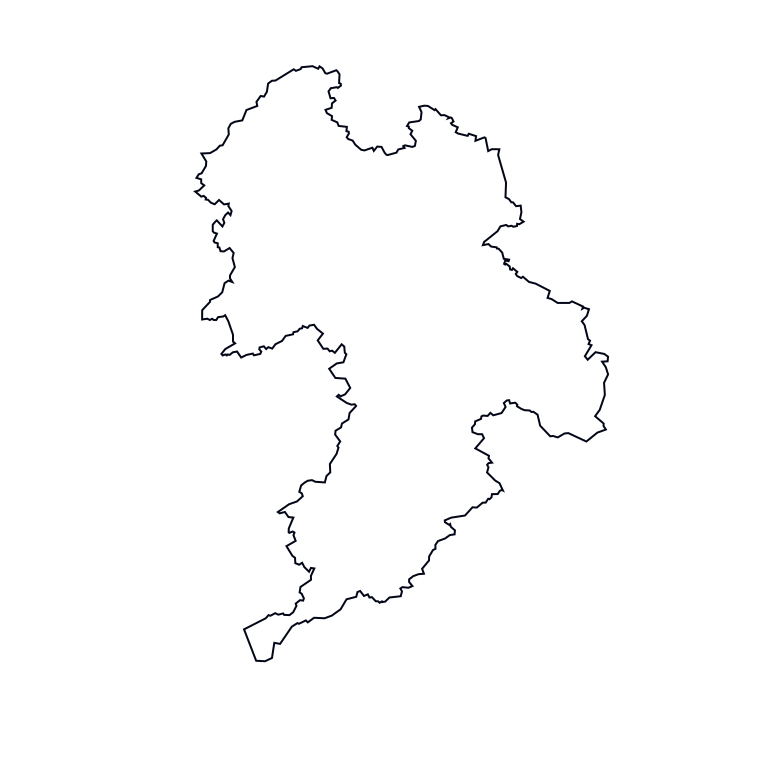 the district of Kells Lea-7, Meath, Ireland, rotated 282°
{"feature_id": "5873133B57214711560854", "entity_name": "Kells Lea-7", "entity_type": "district", "adm_level": 2, "iso_a3": "IRL", "parent_name": "Ireland", "parent_adm1": "Meath", "projection": "mercator", "projection_center": [-6.928, 53.748], "detail": "fine", "context": "isolated", "style": "outline", "palette": "ink", "viewbox_px": 768, "rotation_deg": 282, "n_neighbors": 0, "source": "geoboundaries", "source_scale": "gbopen_adm2", "svg_char_len": 6163}
<svg xmlns="http://www.w3.org/2000/svg" viewBox="0 0 768 768"><g transform="rotate(282 384 384)"><path d="M369.8,593.9L380.8,602.8L385.6,610.5L388.5,607.5L391.0,607.1L396.4,597.2L403.6,600.4L419.2,602.3L430.9,599.0L440.0,601.2L446.5,597.5L451.2,592.7L452.7,598.0L457.3,597.5L459.2,593.2L459.1,584.3L450.1,578.2L452.9,574.7L465.1,578.9L465.6,575.8L469.2,576.5L470.3,574.2L483.4,567.9L486.5,564.4L492.9,568.3L500.7,569.0L499.7,568.6L500.3,563.9L498.9,562.4L501.1,562.6L503.9,550.7L501.9,548.6L499.4,537.0L501.9,530.3L502.2,526.1L509.5,526.8L513.7,511.4L514.0,504.6L517.8,497.6L516.2,496.2L517.2,491.9L519.0,490.0L521.4,491.1L524.0,486.1L522.2,485.4L522.3,483.5L525.1,482.5L527.0,478.5L526.0,477.7L526.5,476.5L530.1,476.9L530.0,480.3L531.6,480.5L531.4,475.1L537.1,472.3L540.1,468.1L540.0,466.3L541.1,465.8L540.7,460.2L542.6,457.1L540.4,451.9L543.8,452.4L557.1,463.3L562.4,465.1L565.0,470.5L564.0,472.7L565.3,475.9L564.7,477.9L566.2,481.2L568.4,480.9L568.4,483.1L571.8,486.8L573.6,482.7L580.6,482.7L586.9,480.6L585.4,476.2L588.5,472.5L588.2,470.7L590.8,467.9L591.9,464.0L606.4,461.5L631.7,448.0L637.6,448.0L636.1,440.6L633.5,437.5L645.7,432.2L646.1,430.9L640.9,422.9L645.6,422.5L646.4,414.9L644.1,414.2L644.4,404.3L645.2,401.8L650.4,402.8L651.7,396.8L653.0,395.3L655.2,397.4L658.2,395.1L658.6,393.8L657.3,391.7L658.4,392.2L659.6,387.3L658.7,383.8L663.6,377.2L662.4,376.5L665.1,369.2L664.6,365.5L662.4,360.7L657.7,364.2L650.4,364.9L648.5,363.5L645.1,354.3L641.1,352.9L640.9,354.8L639.4,355.1L637.6,359.0L633.8,358.0L628.5,364.6L623.3,364.7L621.8,362.5L621.8,354.8L620.7,353.4L619.2,355.0L616.4,349.2L612.9,348.1L608.8,340.2L608.7,338.7L610.4,336.5L615.4,332.3L614.8,328.0L609.9,325.6L612.7,323.5L608.4,316.3L608.4,312.9L612.1,306.2L615.6,302.7L616.2,298.0L617.6,296.2L621.7,297.6L623.4,297.0L623.5,294.7L627.8,294.2L627.0,286.0L630.2,283.9L631.5,277.9L635.2,277.5L637.1,271.8L640.0,269.8L643.3,275.4L647.7,274.8L651.2,277.7L653.4,275.6L652.4,272.3L658.7,268.9L662.3,270.5L664.5,276.1L664.0,277.3L666.9,279.8L668.7,279.3L669.0,277.5L677.7,276.1L680.1,273.6L681.0,272.1L675.7,263.8L675.8,262.0L679.9,258.3L681.3,254.9L678.7,254.1L680.0,248.0L676.7,237.5L674.7,237.0L672.0,232.7L673.1,230.3L658.3,214.8L657.3,211.3L653.8,208.2L645.5,208.7L640.2,206.9L640.1,203.5L633.5,200.6L629.6,202.2L623.4,192.5L612.4,190.6L609.4,183.4L606.6,180.0L601.7,178.6L595.8,180.3L584.0,176.5L582.9,173.8L578.7,171.4L573.7,165.9L571.5,157.5L564.7,163.9L560.3,164.5L552.2,161.8L550.6,159.2L546.6,157.7L546.2,162.6L542.4,163.5L540.9,166.9L534.8,162.7L533.0,159.3L529.3,166.3L530.5,168.5L529.1,171.2L527.4,171.2L527.6,173.5L525.3,177.1L524.6,181.0L529.7,184.4L526.4,190.2L528.2,194.7L525.8,194.7L521.5,199.0L517.2,198.7L519.3,195.8L516.1,193.6L511.7,192.3L508.5,194.3L504.5,193.2L509.3,186.4L507.8,185.3L504.2,183.4L497.9,184.7L496.7,186.2L496.4,189.3L488.5,187.6L487.2,188.9L487.1,192.1L483.3,192.9L483.3,194.6L479.9,196.5L480.4,199.9L484.9,204.7L480.9,209.7L475.6,209.6L467.4,213.8L458.2,210.8L455.3,211.4L452.2,214.4L452.8,210.4L449.5,207.1L440.1,206.7L435.1,203.4L430.0,196.4L428.1,196.7L418.4,190.8L409.3,192.7L411.1,197.5L410.4,200.4L412.1,202.4L411.2,204.1L411.7,206.6L414.9,207.8L416.7,212.9L418.3,214.3L413.0,218.7L400.9,226.0L394.1,227.5L392.8,229.9L385.2,221.5L379.6,218.7L378.4,220.3L379.9,222.7L379.3,224.3L380.3,224.6L380.4,227.0L383.6,229.6L385.2,233.5L380.2,238.8L383.9,243.5L386.5,249.4L385.0,250.8L387.7,256.7L390.2,257.2L392.0,254.8L393.9,254.7L395.9,258.6L393.7,261.5L396.0,263.2L395.4,267.3L400.4,269.6L404.9,275.3L410.6,277.8L413.7,284.7L415.9,284.7L417.6,288.6L420.5,290.0L421.5,292.3L423.8,292.5L423.0,297.6L425.7,299.0L427.4,303.3L424.0,307.0L420.6,313.8L412.9,310.1L405.8,317.3L406.9,321.4L404.7,324.1L405.8,326.3L404.3,329.5L414.0,334.3L412.4,337.3L406.4,339.2L405.3,341.0L396.8,339.8L394.3,333.5L387.5,327.2L379.8,335.2L381.2,345.1L373.1,351.8L365.8,348.1L362.9,344.1L364.0,341.9L362.0,340.5L357.7,351.5L357.0,356.4L358.1,359.6L356.7,361.3L348.5,356.4L341.9,356.6L336.6,351.1L332.6,351.0L328.2,346.3L324.4,346.7L318.7,353.1L313.7,351.2L312.3,352.7L305.7,352.1L294.5,347.7L286.4,349.8L282.1,346.9L275.4,346.6L274.1,337.2L275.0,333.6L273.5,329.5L270.9,326.7L267.4,324.0L260.9,323.6L260.0,326.2L257.4,327.9L251.0,323.3L246.7,316.2L236.7,306.8L235.8,308.8L238.2,313.7L234.0,318.2L234.5,323.1L222.9,320.9L219.1,321.6L218.7,322.4L220.7,325.3L220.1,327.3L217.3,326.9L212.2,330.2L205.1,322.3L196.9,330.1L195.5,333.1L190.3,334.5L189.6,338.6L192.1,341.1L188.4,344.1L184.8,349.7L188.9,350.8L189.1,354.2L181.1,352.4L177.3,353.3L168.1,344.5L162.6,344.8L161.8,347.0L157.7,350.2L155.3,349.9L155.1,346.8L150.8,343.3L148.8,344.5L141.8,342.6L138.3,339.6L137.4,334.3L138.6,333.1L136.4,328.5L137.2,325.2L133.7,321.1L133.9,319.1L130.3,317.1L114.9,298.1L86.7,316.5L88.1,325.3L92.7,331.4L108.0,330.5L108.2,336.4L127.5,344.3L132.1,349.0L131.8,350.7L136.5,356.7L135.0,359.0L140.8,364.2L142.5,374.6L146.6,381.1L154.6,388.4L165.6,392.1L170.1,401.1L175.0,401.3L176.6,403.7L172.5,408.5L174.9,411.9L172.1,414.2L173.0,416.5L169.8,421.1L170.2,423.5L169.1,425.2L170.9,427.1L170.3,427.6L171.4,430.4L176.3,433.7L179.9,444.5L184.9,444.7L187.4,442.5L189.1,444.2L189.8,450.3L192.2,453.8L195.6,449.7L198.2,449.2L202.1,452.5L205.2,457.4L206.7,462.5L211.2,459.7L220.7,464.7L224.7,464.0L231.7,466.4L233.5,468.6L237.3,467.7L241.6,469.5L245.6,475.9L249.9,479.8L251.6,484.3L255.6,483.8L258.2,479.1L260.7,477.8L259.7,477.2L261.5,472.4L263.2,471.8L267.2,477.4L272.2,490.6L281.8,496.2L282.4,500.5L288.4,505.1L289.1,508.1L293.4,509.8L293.3,511.2L295.5,512.7L298.7,512.5L300.0,518.1L303.5,519.5L304.9,521.2L304.6,522.4L311.0,517.6L312.7,512.8L318.9,503.2L324.2,503.5L326.4,501.7L328.3,502.7L329.5,506.0L333.0,501.7L335.6,501.6L340.0,486.7L351.8,493.1L355.3,490.4L354.4,486.3L355.3,480.6L359.6,479.1L363.5,481.3L366.4,481.0L370.1,486.2L372.5,486.0L373.7,487.4L374.3,492.0L377.9,494.1L376.1,497.4L380.0,505.0L386.8,507.7L390.3,505.2L393.4,507.5L394.2,509.7L391.2,511.4L393.0,516.3L391.5,518.7L389.9,518.7L388.2,523.6L387.6,526.9L388.4,532.0L387.3,534.1L387.9,535.9L385.9,540.6L375.7,545.4L367.4,557.5L368.3,560.1L367.9,565.1L373.1,570.8L374.3,574.5L369.8,593.9Z" fill="none" stroke="#020617" stroke-width="2"/></g></svg>